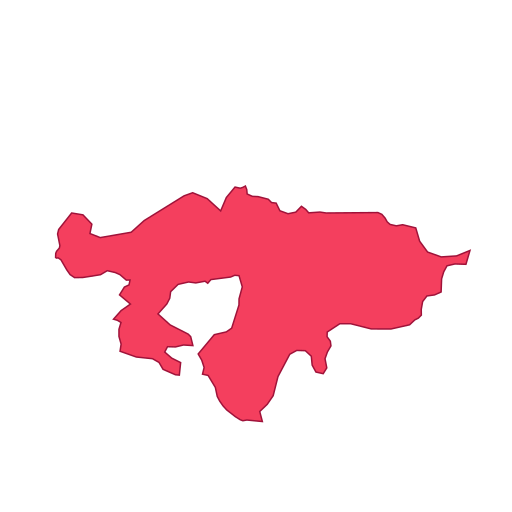 SVG path tracing the border of Pest, rotated 319°
{"feature_id": "HUN-3164", "entity_name": "Pest", "entity_type": "County", "adm_level": 1, "iso_a3": "HUN", "parent_name": "Hungary", "parent_adm1": "", "projection": "natural_earth1", "projection_center": [19.256, 47.5], "detail": "fine", "context": "isolated", "style": "filled", "palette": "rose", "viewbox_px": 512, "rotation_deg": 319, "n_neighbors": 0, "source": "natural_earth", "source_scale": "10m", "svg_char_len": 2171}
<svg xmlns="http://www.w3.org/2000/svg" viewBox="0 0 512 512"><g transform="rotate(319 256 256)"><path d="M119.2,164.0L119.6,163.9L111.2,158.6L104.9,153.3L103.5,148.1L104.1,142.3L106.3,130.9L105.5,127.7L104.0,126.6L103.8,125.6L106.6,122.6L108.6,121.6L112.8,121.0L114.8,119.5L120.7,109.2L124.5,106.5L145.1,102.6L152.4,111.4L153.0,124.3L145.4,130.1L150.5,139.9L177.4,156.2L194.9,155.9L241.2,163.4L249.7,166.7L256.8,180.7L258.9,198.8L272.0,192.4L285.4,190.2L288.6,194.5L291.2,195.6L293.9,196.2L292.6,199.8L290.0,203.4L292.4,208.6L296.5,212.5L302.5,221.2L302.8,225.9L305.9,229.3L303.7,237.5L307.9,245.1L314.8,249.0L322.9,248.3L324.1,253.4L324.1,258.0L333.1,264.8L337.2,269.6L376.5,303.2L378.3,307.1L378.3,312.1L377.4,316.3L377.9,320.1L381.7,325.3L387.2,328.6L395.0,339.6L389.2,352.2L388.1,365.6L395.2,378.2L407.4,387.5L421.1,392.2L409.0,400.0L400.9,392.5L393.7,388.7L387.3,391.1L381.1,395.0L372.1,404.6L365.2,402.5L358.8,398.3L351.9,399.7L345.7,404.7L342.0,409.1L337.7,409.4L333.9,408.4L326.8,408.7L310.1,399.7L300.1,391.0L295.1,386.6L283.0,369.2L274.8,362.1L259.9,360.1L256.7,363.5L256.2,369.1L253.6,373.0L246.9,375.3L240.7,378.8L236.0,386.9L229.5,388.9L225.1,382.9L226.8,375.2L232.0,367.9L231.1,359.8L224.8,354.0L217.0,352.3L193.5,361.4L177.3,372.7L167.2,375.3L156.8,375.8L152.2,385.1L141.5,373.8L138.0,371.7L136.7,369.3L135.0,363.7L132.9,352.9L132.8,347.5L133.4,341.8L134.6,336.6L139.1,328.5L141.5,314.7L138.1,310.1L143.7,306.1L146.7,299.0L148.1,292.0L172.9,288.0L183.8,293.8L190.3,294.5L211.0,281.8L215.1,277.2L225.4,270.3L230.3,259.7L227.3,256.6L223.0,255.2L206.5,244.2L201.7,244.9L201.0,241.6L192.9,236.8L188.1,231.4L178.6,226.3L168.2,226.9L163.2,231.3L157.2,233.7L144.0,235.4L146.0,251.7L153.6,270.5L153.8,274.0L149.6,282.2L142.9,275.6L135.6,271.8L129.7,266.4L124.1,268.6L125.4,277.8L129.2,287.0L120.0,295.6L117.3,292.8L111.5,280.6L113.0,272.7L110.5,265.6L99.4,253.7L90.9,238.7L96.4,234.0L99.8,226.8L104.5,221.4L110.5,217.6L109.2,213.6L107.0,210.2L118.4,208.7L129.7,209.9L127.5,195.8L136.3,193.1L141.2,194.5L145.2,191.5L142.3,189.1L141.1,180.8L138.9,176.1L134.1,169.5L126.4,168.1L119.8,164.0L119.2,164.0Z" fill="#f43f5e" stroke="#9f1239" stroke-width="1.5"/></g></svg>